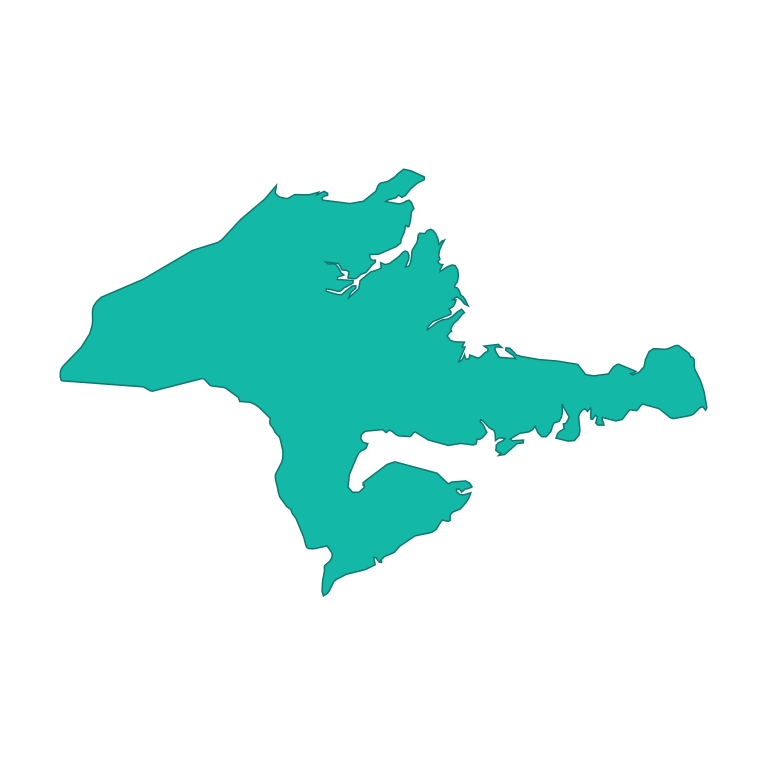 map outline of Vesturland (orthographic projection), rotated 184°
{"feature_id": "ISL-710", "entity_name": "Vesturland", "entity_type": "Region", "adm_level": 1, "iso_a3": "ISL", "parent_name": "Iceland", "parent_adm1": "", "projection": "orthographic", "projection_center": [-22.162, 64.9], "detail": "fine", "context": "isolated", "style": "filled", "palette": "teal", "viewbox_px": 768, "rotation_deg": 184, "n_neighbors": 0, "source": "natural_earth", "source_scale": "10m", "svg_char_len": 6152}
<svg xmlns="http://www.w3.org/2000/svg" viewBox="0 0 768 768"><g transform="rotate(184 384 384)"><path d="M462.5,570.8L464.1,568.0L457.2,572.0L453.5,570.3L453.5,568.1L456.2,567.6L458.6,565.6L458.7,564.0L457.6,563.2L458.6,563.2L430.5,561.6L417.3,564.9L405.7,575.6L403.9,581.2L402.6,583.2L401.3,584.2L394.3,586.4L387.3,591.6L385.2,594.4L379.4,599.6L372.0,598.6L358.1,593.3L358.1,590.7L364.6,586.8L370.7,580.9L375.9,573.5L379.2,571.4L382.5,573.5L385.4,570.4L392.2,568.2L395.2,566.1L381.4,564.7L377.1,566.2L374.2,568.3L371.8,569.1L369.4,567.2L366.5,561.1L368.6,557.7L369.0,548.4L370.1,542.9L371.2,542.4L372.4,543.5L373.5,543.6L374.2,537.4L377.0,529.6L377.2,525.8L381.1,522.1L398.4,513.1L407.5,512.1L406.8,508.9L405.3,507.1L403.4,506.6L401.2,507.0L401.2,504.8L404.0,502.1L409.8,494.0L414.9,491.7L418.9,487.4L421.0,486.9L427.4,487.3L426.8,493.7L429.9,494.8L433.9,494.8L435.9,498.4L437.9,501.0L450.7,501.7L448.1,499.8L442.8,500.4L440.1,499.6L437.8,497.2L434.4,491.7L431.6,490.0L437.9,487.2L437.8,485.0L422.0,485.1L422.0,482.5L430.7,477.0L433.5,473.9L436.1,473.2L448.2,475.1L448.2,472.5L436.2,470.0L432.5,470.2L422.7,479.5L418.9,480.0L418.8,477.6L422.8,473.7L424.3,471.1L425.1,467.6L415.9,477.3L415.0,485.5L405.2,494.8L397.3,497.9L394.9,499.9L395.9,504.8L391.3,503.2L387.0,504.5L378.0,512.2L374.4,516.7L372.0,518.2L369.5,517.1L367.9,513.7L368.1,510.1L370.6,502.3L367.4,503.3L365.9,507.3L365.4,512.8L365.4,518.4L364.9,520.1L361.2,526.9L360.5,530.2L360.3,534.8L359.1,536.9L353.5,536.9L352.1,539.5L350.8,540.5L348.0,541.6L345.5,540.4L342.7,537.2L340.3,532.6L339.0,526.9L336.5,530.4L333.7,531.8L335.9,527.3L337.8,521.7L338.4,516.3L336.9,512.3L339.0,509.8L336.6,507.5L333.7,507.2L335.9,502.3L335.9,500.1L328.9,505.4L324.5,507.5L321.2,507.1L318.4,502.8L317.3,496.9L317.9,491.2L320.1,487.6L320.1,485.4L317.4,484.9L315.5,482.2L313.4,477.8L311.4,476.8L309.2,474.2L305.5,467.8L309.3,469.5L313.3,473.6L317.3,476.1L321.3,472.9L318.0,472.9L319.0,468.9L320.4,466.2L324.3,463.2L322.2,460.7L322.2,458.3L340.0,449.4L344.4,443.7L344.4,441.2L334.9,449.5L329.8,452.2L324.9,453.2L320.7,455.9L316.0,460.9L311.7,464.0L308.7,460.7L310.7,459.2L314.9,453.1L318.1,449.9L319.8,447.3L321.3,443.6L320.2,441.2L321.6,440.5L324.4,436.3L321.0,432.3L316.4,431.0L306.6,431.4L308.8,426.5L305.7,426.5L310.9,411.6L309.4,412.0L308.0,413.5L306.8,415.8L305.7,418.9L304.8,415.6L303.5,414.2L302.1,414.6L300.5,416.4L300.5,418.9L292.1,416.4L289.7,417.6L285.2,422.6L282.7,423.7L282.7,426.3L286.8,428.8L272.8,431.5L269.1,428.7L274.6,428.9L275.9,427.5L275.4,425.5L273.9,422.6L270.7,418.7L254.6,418.5L256.9,421.2L264.9,426.2L264.9,428.6L260.8,428.4L253.7,422.0L249.3,421.2L250.4,421.2L231.3,419.2L213.1,419.0L192.2,417.1L183.5,407.5L175.1,406.7L160.3,409.9L160.2,410.9L156.3,417.1L153.0,419.7L151.1,420.1L133.5,414.2L135.2,412.7L138.9,411.5L136.4,410.4L130.5,413.4L125.8,419.3L124.9,426.4L121.9,434.7L117.6,438.1L106.4,438.2L103.0,439.0L96.2,442.6L93.1,443.0L82.3,436.2L80.0,432.7L77.9,431.8L76.3,430.0L75.8,423.9L75.1,420.7L68.9,410.1L66.3,404.3L64.1,398.3L60.3,382.9L61.4,380.3L64.4,383.6L67.3,382.3L73.1,375.7L76.0,374.0L92.6,369.7L95.8,370.2L107.8,378.6L124.4,382.0L125.9,381.1L128.8,376.6L130.2,375.0L136.5,375.5L138.1,374.0L143.8,365.3L150.1,363.3L163.8,365.9L163.8,363.3L163.0,362.2L161.7,358.3L168.1,358.0L170.1,360.0L168.9,366.0L170.9,367.6L173.5,363.3L175.2,363.5L175.7,366.9L175.6,371.9L176.3,374.5L179.2,370.9L181.5,373.2L184.3,371.9L186.6,368.5L187.6,365.0L185.3,351.6L185.8,346.6L190.1,340.9L196.4,339.9L208.7,342.0L207.5,346.1L205.6,348.8L201.2,351.9L202.3,356.8L200.5,357.2L199.2,358.5L196.9,363.8L205.1,376.4L204.3,371.0L204.2,366.5L205.0,362.6L206.5,359.1L211.6,357.0L212.6,355.0L214.3,348.2L218.6,342.7L222.9,342.4L227.0,346.0L230.3,352.3L232.8,348.6L236.0,346.4L245.3,344.2L254.3,337.9L251.9,336.4L240.9,337.8L241.0,335.1L247.3,333.7L258.7,322.1L264.7,320.7L262.7,323.1L265.4,323.9L267.9,325.6L267.6,328.9L267.9,330.3L265.7,333.4L261.2,335.9L259.5,338.0L264.0,338.4L266.6,337.4L268.8,335.4L269.7,342.3L271.0,345.3L276.0,347.7L282.7,354.0L285.2,355.1L285.3,352.8L283.4,351.7L281.7,349.4L278.0,342.8L282.1,337.3L284.4,335.6L287.4,335.5L287.8,330.8L290.6,329.4L303.2,330.1L315.6,327.2L336.0,331.3L349.5,338.4L351.0,337.5L353.3,334.2L354.7,333.3L366.1,333.3L369.1,334.7L372.4,337.2L375.6,338.4L378.4,335.7L382.4,338.4L399.2,335.6L403.1,332.1L403.3,327.7L400.6,324.2L396.0,323.4L397.5,318.7L399.3,317.1L401.5,316.2L404.2,313.6L406.1,309.4L412.3,291.1L412.7,278.7L407.8,273.7L401.3,274.4L396.7,279.2L396.7,281.6L397.8,281.6L397.9,284.3L375.3,304.0L367.7,307.1L324.8,298.7L314.1,289.8L312.4,289.0L309.6,290.9L295.9,293.0L291.8,291.2L289.0,287.6L291.3,286.1L295.7,284.8L299.1,281.6L300.3,283.5L301.4,284.3L304.2,284.3L304.2,281.7L300.9,279.2L297.1,278.8L289.8,281.6L291.4,276.3L294.1,271.2L299.2,264.6L306.2,261.2L308.9,258.2L308.5,252.4L310.7,251.4L316.1,252.4L317.4,251.0L321.9,242.4L325.9,239.4L342.6,234.6L356.7,223.6L362.0,216.8L371.6,211.8L375.0,208.0L374.0,207.4L374.1,205.8L376.3,206.0L380.0,210.2L382.2,210.4L380.2,203.1L389.4,197.7L408.6,191.4L417.8,185.8L420.3,183.4L424.0,174.2L425.8,171.2L429.7,168.4L431.4,173.2L431.5,183.8L430.3,193.5L430.8,197.2L430.5,198.7L425.8,203.4L424.2,206.5L423.7,208.8L424.0,211.1L425.0,212.9L429.5,218.5L442.4,214.7L447.9,214.6L449.6,215.6L450.7,217.6L453.4,225.6L462.3,243.5L466.6,248.7L467.7,251.3L468.8,252.7L472.3,254.8L480.2,264.2L482.1,269.4L482.6,271.8L485.5,281.1L486.0,283.9L485.9,286.5L480.6,298.8L479.9,302.3L479.9,307.1L480.3,310.6L483.8,322.1L484.8,323.9L489.1,328.0L491.9,332.6L494.6,335.4L495.1,336.7L495.3,338.3L495.1,341.9L507.1,352.1L511.5,354.7L516.6,356.5L526.7,356.5L528.2,360.3L541.4,368.7L543.5,369.4L556.1,370.1L557.7,370.7L563.7,376.4L566.1,376.7L614.4,360.7L616.6,360.9L623.9,364.4L704.8,364.7L706.3,365.2L707.5,368.7L707.7,373.6L706.9,376.8L705.5,379.3L688.8,399.2L681.1,413.5L679.2,422.0L679.1,426.6L679.9,436.2L679.7,439.0L679.1,441.5L676.3,446.3L672.1,450.8L631.6,471.6L584.2,504.0L559.6,513.6L555.9,516.4L538.4,538.2L515.9,560.1L505.2,574.6L505.6,569.7L506.0,568.4L505.6,566.8L505.0,565.8L501.4,563.3L494.5,562.2L492.6,562.5L486.4,566.7L472.1,567.5L462.5,570.8Z" fill="#14b8a6" stroke="#0f766e" stroke-width="1.5"/></g></svg>